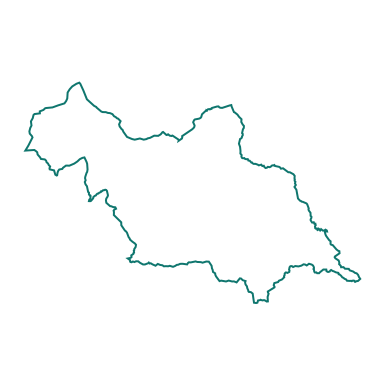 outline of Mejia, Pichincha, Ecuador, rotated 178°
{"feature_id": "8360857B86630198193549", "entity_name": "Mejia", "entity_type": "district", "adm_level": 2, "iso_a3": "ECU", "parent_name": "Ecuador", "parent_adm1": "Pichincha", "projection": "orthographic", "projection_center": [-78.69, -0.497], "detail": "fine", "context": "isolated", "style": "outline", "palette": "teal", "viewbox_px": 384, "rotation_deg": 178, "n_neighbors": 0, "source": "geoboundaries", "source_scale": "gbopen_adm2", "svg_char_len": 5984}
<svg xmlns="http://www.w3.org/2000/svg" viewBox="0 0 384 384"><g transform="rotate(178 192 192)"><path d="M357.1,239.2L348.1,239.5L346.3,238.1L345.3,237.1L345.0,234.9L342.6,231.9L341.8,230.3L338.0,229.7L336.7,228.4L336.3,226.8L334.9,225.5L334.2,223.9L332.9,222.5L333.6,220.7L333.4,219.6L329.1,218.4L328.0,214.1L326.7,213.2L326.2,213.4L325.7,216.0L324.9,217.9L323.9,219.1L320.8,219.6L320.1,220.7L317.0,222.8L313.6,222.6L308.7,224.5L305.5,226.5L303.0,228.7L300.4,229.9L298.3,230.3L296.4,225.9L295.8,223.9L295.6,218.1L296.1,215.7L296.7,214.8L298.1,211.0L298.4,209.6L297.9,207.4L298.8,205.7L298.1,203.3L296.8,201.4L295.8,195.7L295.0,195.0L295.1,193.3L294.3,192.0L293.7,192.1L293.5,191.6L293.8,189.0L294.9,188.0L295.3,186.5L293.8,186.4L293.2,186.7L291.0,189.1L290.8,190.3L289.4,191.5L288.2,191.9L287.4,193.0L286.5,193.7L285.6,193.7L284.8,194.5L283.1,195.1L282.8,195.9L282.0,195.9L280.7,196.9L280.0,196.8L278.7,197.3L277.7,197.0L277.0,196.1L276.1,191.7L276.5,190.4L277.9,188.4L278.3,186.6L278.0,184.2L274.3,180.7L273.3,180.6L271.1,179.6L269.4,179.5L269.1,179.3L268.5,177.9L270.1,177.2L271.0,176.1L270.7,174.8L270.9,171.7L263.8,164.2L263.8,161.2L260.4,155.8L259.3,154.9L258.4,153.6L256.9,149.1L255.9,147.7L255.6,146.6L253.4,144.5L250.8,142.5L249.8,141.2L250.3,138.9L251.7,137.0L251.8,135.8L252.2,135.5L252.0,133.4L252.7,132.9L252.8,132.1L254.9,130.8L254.7,129.1L255.7,128.3L258.5,127.8L256.2,126.0L256.3,124.7L256.0,124.2L254.8,123.9L253.5,124.6L252.0,124.0L250.3,124.7L248.2,124.6L246.5,123.1L243.5,121.3L241.6,121.2L237.9,122.5L237.6,122.9L236.9,122.0L235.7,122.2L234.1,121.1L231.0,119.6L228.7,121.3L226.3,120.2L224.1,119.8L222.7,118.7L221.0,118.8L218.3,118.6L216.8,119.0L213.6,117.9L211.6,118.6L209.7,119.7L208.3,119.8L206.4,120.6L203.9,120.6L199.4,119.8L198.5,121.2L197.7,121.8L195.6,121.7L190.8,122.5L189.2,121.9L185.6,121.6L183.9,121.0L180.2,122.0L177.6,121.8L175.0,117.6L174.7,114.9L174.1,113.6L173.8,111.4L171.7,109.9L171.6,108.5L170.9,106.8L167.6,102.0L166.0,102.4L161.1,101.4L158.4,102.2L155.1,101.2L153.2,101.2L150.6,100.1L147.2,104.0L146.0,103.8L144.4,102.1L141.6,101.1L142.1,99.8L141.7,97.7L140.4,95.8L140.1,93.9L139.2,91.7L139.1,90.7L138.7,90.2L136.7,89.9L134.9,88.4L133.9,79.2L131.8,78.8L130.5,79.1L129.8,81.3L127.7,81.6L127.3,81.9L125.4,81.2L124.3,81.4L123.2,81.3L121.1,79.9L120.0,80.0L120.1,84.5L119.0,87.7L119.6,88.9L119.7,89.9L112.9,93.8L112.8,94.4L113.6,96.0L112.9,98.1L109.1,99.0L108.2,100.3L105.2,101.4L102.8,103.6L103.0,104.7L102.4,105.5L102.2,107.3L101.2,108.3L100.3,108.2L99.5,107.8L97.6,108.7L97.3,110.2L97.7,111.0L97.1,113.4L96.5,114.2L95.7,114.5L94.7,114.4L93.6,113.5L91.4,114.4L88.2,113.9L85.2,114.6L83.1,115.8L81.6,115.6L79.9,114.6L77.6,116.2L74.9,115.3L73.6,114.3L72.8,112.5L72.8,111.4L73.3,110.8L72.8,110.1L72.6,108.1L71.9,107.2L70.5,107.3L69.8,106.5L67.8,106.4L67.1,107.2L63.5,109.9L60.5,109.8L60.3,108.1L58.8,107.3L57.2,107.7L56.5,108.7L55.7,109.2L54.1,108.1L53.3,107.9L50.8,106.6L48.6,106.1L48.3,104.7L47.7,104.7L45.9,103.1L44.8,101.5L43.6,100.9L42.6,99.9L41.1,99.3L40.2,97.9L37.2,97.6L36.1,97.7L35.4,97.3L34.6,97.8L33.4,97.8L32.8,97.6L32.4,96.6L32.0,96.5L30.9,97.1L29.2,97.3L26.9,99.3L28.1,101.2L28.9,103.4L30.3,105.0L31.8,105.4L33.7,106.9L37.1,108.2L38.0,109.7L41.8,110.0L43.2,111.6L45.6,111.6L45.9,113.0L47.5,114.8L47.2,116.1L47.8,118.4L51.0,120.7L51.7,121.8L51.5,122.5L46.7,125.6L46.8,127.7L47.9,128.1L49.6,129.5L53.2,134.0L54.8,134.5L55.4,135.3L55.2,137.9L56.6,139.1L59.4,143.3L60.0,144.6L60.6,147.1L60.7,147.7L60.4,148.0L58.4,147.8L58.6,148.8L59.9,149.7L61.1,148.9L62.7,148.9L64.3,150.4L65.3,149.1L66.4,150.7L66.9,151.0L67.4,149.8L67.9,149.6L68.7,151.2L69.7,151.1L70.1,151.5L70.3,153.5L69.5,154.5L69.8,156.0L70.7,155.9L71.4,157.5L72.3,157.2L73.1,157.3L74.4,159.6L74.4,160.5L73.6,162.0L73.5,163.1L74.3,164.0L74.3,167.1L75.9,169.4L76.2,170.8L75.9,171.5L77.3,175.7L78.0,176.6L81.6,178.3L82.9,178.6L83.4,179.2L84.3,179.5L86.3,181.8L87.6,190.6L89.4,193.5L88.0,195.4L88.8,197.0L88.3,198.6L88.9,199.3L89.1,200.4L88.8,201.0L89.1,202.1L88.8,204.5L90.0,206.2L93.5,208.3L95.1,208.4L100.2,212.5L102.3,212.2L103.2,213.5L104.1,214.1L108.1,215.1L108.7,216.0L109.2,215.6L109.9,215.9L111.3,215.6L112.5,214.5L113.5,214.1L115.3,214.5L116.4,213.6L117.7,213.4L118.9,214.6L119.3,215.7L120.8,215.5L121.8,216.9L124.3,216.3L125.3,217.0L127.5,217.9L129.5,218.0L130.6,218.7L131.0,219.4L131.7,219.4L133.2,221.2L134.6,221.5L135.1,222.9L136.7,222.9L137.8,223.2L138.6,224.1L139.8,223.9L140.8,224.3L141.4,225.6L141.1,227.2L142.3,228.7L142.1,231.3L142.4,235.5L143.4,238.6L142.1,243.3L141.1,243.8L140.3,244.6L140.1,245.7L139.3,247.0L139.3,248.4L139.9,249.1L138.9,252.9L138.0,254.2L137.8,256.2L139.0,257.7L140.3,260.3L140.0,263.0L142.3,265.4L143.9,267.8L146.6,270.1L147.3,270.4L149.4,276.0L149.7,277.5L151.3,277.2L158.9,275.0L160.8,275.2L161.9,275.8L162.5,276.6L163.9,276.6L169.1,275.3L169.8,274.8L169.7,274.4L171.3,273.9L171.9,274.3L173.4,274.0L174.2,273.0L174.6,273.2L174.6,272.6L175.4,272.7L179.3,269.3L180.1,266.7L180.8,265.8L182.2,265.1L186.6,264.4L187.4,263.7L188.4,261.7L187.1,258.4L187.4,257.0L188.1,256.0L189.7,254.6L199.9,248.2L199.8,247.2L200.2,245.8L203.5,243.7L203.4,244.0L204.0,245.1L209.3,248.9L209.7,249.1L210.5,248.7L212.3,249.1L213.9,250.5L215.1,249.8L215.6,249.9L218.8,253.0L219.4,252.8L221.3,250.7L223.8,249.3L227.8,249.6L232.0,247.6L234.6,247.1L235.5,246.5L238.4,246.0L242.2,247.3L247.4,246.3L250.0,247.0L255.0,249.3L258.5,254.6L259.3,256.7L260.1,257.2L262.0,260.0L262.5,262.2L260.9,265.3L263.3,267.9L264.4,268.3L265.7,269.6L267.2,270.4L268.8,272.6L271.2,273.7L273.4,274.0L275.3,274.8L278.6,275.0L279.9,275.6L284.4,279.7L284.7,280.3L286.8,281.5L293.8,288.3L297.0,297.2L299.8,303.9L300.8,305.2L303.7,304.2L308.0,301.7L310.6,299.0L312.8,295.8L313.4,289.8L314.6,287.3L316.4,285.0L322.6,283.3L328.5,281.4L335.1,281.0L336.0,280.7L337.6,279.2L341.3,277.9L341.3,275.9L346.7,275.4L347.7,274.5L348.6,271.3L350.5,268.2L350.1,264.0L351.4,261.7L352.4,258.3L352.1,256.0L350.0,253.4L349.5,252.1L353.9,244.1L357.1,239.2Z" fill="none" stroke="#0f766e" stroke-width="2"/></g></svg>